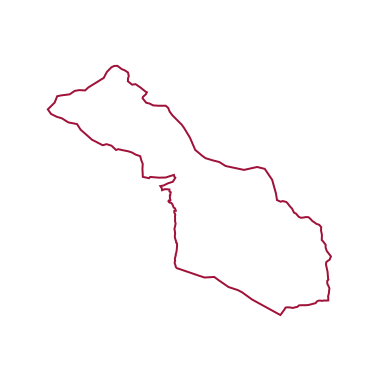 Aninoasa, Hunedoara, Romania, rotated 344°
{"feature_id": "2599482B78537153178763", "entity_name": "Aninoasa", "entity_type": "district", "adm_level": 2, "iso_a3": "ROU", "parent_name": "Romania", "parent_adm1": "Hunedoara", "projection": "equal_earth", "projection_center": [23.341, 45.379], "detail": "fine", "context": "isolated", "style": "outline", "palette": "rose", "viewbox_px": 384, "rotation_deg": 344, "n_neighbors": 0, "source": "geoboundaries", "source_scale": "gbopen_adm2", "svg_char_len": 3578}
<svg xmlns="http://www.w3.org/2000/svg" viewBox="0 0 384 384"><g transform="rotate(344 192 192)"><path d="M298.9,313.9L298.8,313.5L300.3,306.1L300.8,298.6L301.7,296.5L303.6,295.6L305.6,295.0L307.8,292.2L305.3,285.9L305.1,282.4L305.9,279.5L304.5,275.9L303.5,273.9L305.1,269.0L305.4,264.6L306.5,261.4L305.3,258.7L302.5,256.6L301.7,255.4L299.7,253.1L298.7,251.0L297.1,248.4L294.7,247.5L292.2,247.3L289.6,246.8L287.7,245.2L286.1,241.5L284.4,240.0L283.6,235.6L282.0,232.4L280.7,229.0L279.8,227.5L276.7,225.7L274.6,225.8L271.5,223.2L272.3,216.3L272.4,202.4L268.3,189.8L261.5,185.9L248.1,185.1L231.5,176.3L226.5,170.7L220.8,167.4L214.3,163.2L211.8,160.0L206.7,152.4L205.0,139.2L202.1,128.5L200.7,124.5L194.4,113.1L192.7,108.7L192.3,104.7L190.5,101.8L184.0,100.0L178.5,98.0L175.6,95.3L172.6,93.6L170.3,88.3L171.1,87.0L174.5,85.4L176.1,83.7L175.0,82.7L171.3,77.4L167.5,72.8L164.0,72.3L160.9,67.9L161.7,65.3L163.2,63.1L163.4,59.4L160.6,56.2L158.4,54.6L155.1,50.2L152.0,49.4L148.9,49.9L143.2,53.2L138.6,58.0L121.2,62.9L117.2,64.9L111.8,63.0L107.1,62.5L101.3,64.4L93.0,63.1L88.8,62.8L84.6,68.2L76.2,72.8L78.0,78.1L82.7,82.4L87.2,85.3L92.3,91.0L100.2,95.0L102.1,101.4L110.3,114.2L119.0,122.4L123.1,122.5L127.4,125.3L130.6,130.7L132.9,130.5L136.9,132.7L141.8,135.2L145.2,137.5L148.1,140.5L152.1,143.3L152.0,147.2L152.4,151.4L150.7,156.2L149.6,161.0L148.9,163.9L154.5,166.9L156.0,166.0L164.1,169.1L170.6,170.8L179.3,170.6L179.2,172.3L179.9,173.7L178.5,175.0L176.3,176.9L171.5,177.0L166.4,177.9L163.2,177.6L164.0,180.0L163.7,182.0L166.6,181.8L168.7,182.5L169.0,182.6L171.0,183.4L170.5,185.3L171.5,186.4L170.5,188.2L170.2,189.1L169.8,189.1L169.2,191.3L169.0,192.7L169.0,193.2L169.1,193.8L167.5,194.6L167.2,194.0L166.8,194.3L167.1,195.4L167.7,196.1L168.7,196.4L169.5,197.6L169.8,198.9L170.1,201.9L170.6,202.5L171.1,203.0L171.3,205.5L169.7,205.4L169.5,206.2L169.3,206.9L169.6,208.0L169.7,209.1L169.0,210.5L168.6,212.2L167.7,215.2L167.5,217.9L166.9,219.1L165.9,221.0L165.2,222.1L164.9,222.8L164.8,224.4L164.3,227.4L163.5,229.2L163.2,230.1L163.0,231.4L163.0,233.8L163.1,234.9L163.0,235.8L162.8,236.3L163.3,236.9L163.3,238.0L162.8,239.6L162.0,241.8L161.0,244.3L159.9,246.4L159.1,247.5L158.9,248.6L158.4,249.2L158.1,249.8L157.3,251.0L157.2,251.4L157.0,252.1L156.8,253.2L156.8,253.6L156.0,254.7L155.8,255.3L155.8,256.1L155.9,258.2L155.7,259.5L156.5,261.1L158.6,262.5L175.8,274.5L178.5,276.3L179.3,276.9L179.7,277.1L180.3,277.6L183.3,278.3L190.0,279.8L193.2,284.0L200.9,293.4L209.0,298.9L212.4,302.1L220.1,311.9L243.0,334.6L243.6,334.2L244.3,333.7L245.0,333.1L245.8,332.5L246.6,331.9L247.4,331.3L248.6,330.3L249.2,329.7L249.6,329.3L249.9,329.1L250.2,329.0L250.6,328.9L251.2,329.0L252.3,329.3L253.2,329.6L254.0,329.8L254.7,330.1L255.8,330.7L256.7,331.1L257.4,331.3L258.0,331.3L258.8,331.3L259.4,331.2L260.0,331.3L260.6,331.4L261.1,331.4L261.6,331.4L262.2,331.2L262.9,330.8L263.3,330.6L263.6,330.5L264.2,330.6L265.1,330.8L266.0,331.0L267.7,331.5L269.2,331.9L270.3,332.2L271.6,332.5L273.2,332.7L274.7,332.8L276.5,332.8L277.6,332.8L278.5,332.9L279.4,332.9L279.9,332.9L280.3,332.8L280.9,332.4L281.4,331.9L281.9,331.7L282.6,331.5L283.2,331.4L283.9,331.4L284.6,331.5L285.4,331.8L286.4,332.2L286.9,332.4L287.3,332.6L288.0,332.6L289.2,332.7L290.4,333.2L293.1,333.8L293.4,332.9L293.6,332.3L293.7,331.5L293.9,331.0L294.0,330.5L294.0,329.9L295.5,327.4L295.8,326.8L296.1,325.8L296.8,324.2L297.3,323.1L297.5,322.4L297.5,321.7L297.4,320.8L297.2,319.8L297.1,319.0L296.9,318.1L296.8,317.3L297.0,316.6L297.2,315.7L297.4,315.2L297.5,314.7L298.3,314.2L298.9,313.9Z" fill="none" stroke="#9f1239" stroke-width="2"/></g></svg>